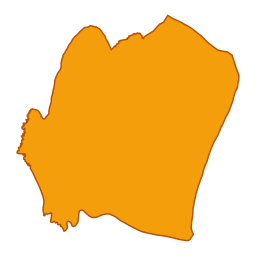 outline of Non Sang, Nong Bua Lam Phu, Thailand
{"feature_id": "78962969B40369427634380", "entity_name": "Non Sang", "entity_type": "district", "adm_level": 2, "iso_a3": "THA", "parent_name": "Thailand", "parent_adm1": "Nong Bua Lam Phu", "projection": "natural_earth1", "projection_center": [102.437, 16.906], "detail": "fine", "context": "isolated", "style": "filled", "palette": "amber", "viewbox_px": 256, "rotation_deg": 0, "n_neighbors": 0, "source": "geoboundaries", "source_scale": "gbopen_adm2", "svg_char_len": 5582}
<svg xmlns="http://www.w3.org/2000/svg" viewBox="0 0 256 256"><path d="M232.1,55.1L230.0,53.8L227.9,52.2L227.1,51.9L222.6,51.2L220.7,50.7L219.0,50.5L216.9,49.5L210.9,45.0L207.7,42.4L200.6,35.4L199.4,34.5L192.4,29.0L188.9,26.6L188.2,26.4L181.3,22.4L180.4,22.1L178.4,21.0L172.6,18.5L167.8,15.4L163.5,22.4L159.5,24.2L153.3,31.1L143.8,37.1L143.6,38.5L142.3,38.2L142.3,37.8L142.0,36.6L142.1,35.8L141.1,35.1L140.7,34.2L139.8,33.3L139.6,33.3L139.5,33.7L139.1,33.8L138.1,33.1L137.6,33.0L136.9,33.6L136.5,33.5L136.4,33.8L136.2,33.8L136.1,33.6L135.8,33.8L135.1,34.0L134.8,34.3L134.2,33.6L133.4,33.9L133.4,34.4L132.7,35.0L131.7,35.1L131.3,35.4L130.0,35.7L129.3,36.1L128.8,36.2L128.9,36.9L128.8,37.7L127.9,37.8L127.8,38.0L127.2,38.1L127.2,39.3L126.6,39.4L124.3,39.7L123.1,40.0L121.1,40.6L121.0,40.3L119.2,41.0L119.4,41.6L118.7,41.7L118.6,41.8L118.6,43.6L117.1,43.8L116.8,44.5L116.5,44.5L116.0,45.9L115.7,45.9L115.7,46.5L114.9,46.4L114.5,46.2L113.5,47.6L111.3,49.7L107.5,41.4L106.2,39.5L105.1,36.5L104.5,35.5L102.6,33.1L101.5,31.2L99.5,28.9L96.3,27.0L95.7,27.3L95.2,26.9L94.0,26.6L92.6,26.0L90.7,25.7L90.1,25.8L89.0,26.7L88.7,26.8L86.5,27.4L84.9,27.4L84.2,27.8L79.3,32.3L78.3,33.6L76.5,35.4L74.9,36.6L74.4,37.1L73.6,38.4L72.8,39.1L71.1,42.3L69.4,44.3L68.9,45.1L67.9,47.0L67.8,47.7L67.3,48.7L65.5,51.1L65.1,52.4L64.8,53.0L63.9,54.1L63.1,55.2L62.8,56.9L62.3,58.1L61.1,62.9L61.2,65.8L60.9,68.1L60.3,69.5L57.6,73.5L56.0,77.2L54.8,80.6L54.6,83.4L53.9,88.1L53.2,89.8L52.8,92.8L52.2,95.1L51.5,97.1L51.3,100.2L51.3,101.9L50.0,105.9L49.4,108.4L48.9,111.5L48.9,113.6L46.4,116.6L46.3,116.9L46.0,117.0L45.9,117.3L45.5,117.7L44.8,118.8L44.0,118.9L43.2,118.7L42.6,118.3L41.9,117.0L41.1,116.4L41.0,116.1L41.1,115.4L41.0,115.0L40.4,114.2L40.1,113.6L39.2,112.0L38.5,111.1L37.7,110.4L32.4,108.9L31.9,109.3L31.5,109.2L31.0,109.4L30.8,109.7L31.0,110.0L30.8,110.6L30.5,110.7L30.2,110.6L29.7,110.9L29.4,111.2L29.8,111.6L29.5,112.0L29.7,112.7L29.4,113.3L29.2,113.4L28.9,113.0L28.7,113.0L28.4,113.8L28.0,114.2L27.9,114.9L27.3,115.1L27.2,115.4L27.6,115.6L27.7,116.0L27.3,116.4L27.3,116.6L28.0,117.2L28.7,118.2L28.8,118.6L28.7,118.9L28.3,119.2L28.1,118.7L27.9,118.8L27.9,120.7L27.5,120.7L27.2,120.3L26.8,120.4L26.8,119.8L26.7,119.6L26.1,119.6L26.1,119.9L26.7,121.4L27.3,121.6L27.3,121.9L26.7,122.5L26.2,122.6L25.8,123.5L25.7,123.7L25.3,123.5L24.5,123.5L24.0,123.1L23.4,123.3L23.3,123.6L23.6,124.2L23.5,124.9L24.2,125.1L24.2,125.6L23.9,126.0L23.4,125.8L23.0,125.9L22.4,126.4L21.9,127.1L22.1,127.6L22.4,127.7L22.1,128.1L22.2,128.6L23.5,129.5L24.1,129.6L24.6,128.5L24.8,128.5L24.9,129.0L24.6,130.3L24.1,130.9L24.1,132.3L24.4,132.5L24.7,132.1L25.0,132.0L25.2,132.4L25.1,132.7L24.9,132.7L24.6,132.9L24.4,133.8L24.1,134.2L23.8,134.2L23.4,133.7L23.0,133.7L22.8,134.0L22.9,134.4L23.3,134.4L23.5,134.5L23.7,135.1L24.1,135.5L24.0,135.8L21.7,135.9L21.5,136.0L21.5,136.4L22.2,137.5L22.8,137.6L22.9,138.0L22.6,139.0L23.2,139.1L23.5,139.5L23.2,139.7L22.2,139.8L21.8,140.1L21.7,142.5L22.1,143.2L22.0,144.1L21.7,144.3L21.1,143.5L20.8,143.5L20.6,143.7L20.6,143.9L21.5,145.0L21.4,145.3L20.7,145.5L20.4,145.7L20.3,146.2L20.9,146.3L21.0,146.4L20.2,147.3L19.7,147.5L18.9,147.4L18.6,147.5L18.6,148.5L19.1,149.2L19.1,150.4L18.9,150.6L18.3,150.3L18.0,150.4L17.9,151.0L17.4,151.4L17.1,152.0L17.2,153.1L18.4,153.5L20.9,153.8L21.6,153.7L22.5,154.1L23.0,154.7L23.3,153.9L23.7,153.7L24.4,153.8L25.4,154.5L25.5,154.8L25.2,155.0L24.6,154.9L24.4,155.1L24.4,155.5L25.3,156.2L25.3,156.4L25.1,156.6L24.3,156.7L24.0,157.0L23.9,157.2L23.8,158.5L23.8,159.2L24.9,159.5L25.1,160.0L25.1,161.2L25.7,161.5L26.5,162.3L26.9,163.6L27.1,163.7L27.5,163.4L28.6,163.6L28.8,163.7L28.9,164.0L28.7,164.3L27.9,164.8L27.9,165.2L28.1,165.5L28.4,165.6L28.6,165.1L30.3,165.5L29.9,166.2L30.3,166.6L30.5,167.1L30.3,168.1L30.3,168.5L30.8,169.1L32.9,172.9L39.8,187.7L42.8,195.7L43.8,199.9L44.0,202.4L43.7,203.8L43.7,204.5L43.1,208.1L43.2,211.5L43.9,213.8L43.8,214.4L43.6,215.0L43.6,215.3L44.2,215.6L44.7,215.7L45.6,214.1L46.1,213.7L47.5,214.2L48.6,213.6L50.3,213.6L50.6,213.4L50.9,212.9L51.2,212.9L51.6,213.5L51.7,214.1L51.0,219.2L50.6,221.2L50.7,221.8L51.4,222.3L52.4,222.4L53.7,221.6L54.2,221.4L54.7,221.8L55.7,222.9L56.1,222.8L56.7,222.3L57.1,222.4L57.5,223.0L57.6,224.2L57.8,224.5L59.2,224.7L60.3,224.5L60.5,224.8L60.5,226.3L62.2,227.2L63.5,229.7L63.8,230.9L64.0,231.1L64.7,231.0L66.0,229.9L66.7,229.0L67.5,227.5L67.5,226.7L67.3,225.5L66.8,224.0L66.8,223.2L67.0,222.5L67.7,221.5L68.3,221.4L69.5,221.7L70.6,222.4L71.1,223.2L71.7,224.9L72.4,226.1L73.9,226.4L75.2,225.9L75.7,225.4L77.4,222.8L78.0,221.2L78.4,218.8L78.8,213.9L79.3,211.4L79.9,210.8L81.0,210.1L82.3,210.0L83.5,210.5L86.2,213.4L89.4,216.1L91.3,217.1L93.3,217.6L96.0,217.3L97.6,216.8L100.7,215.4L103.8,214.4L106.3,213.9L108.8,213.9L113.3,215.6L116.9,217.8L121.4,221.1L125.2,223.1L129.2,225.4L137.1,229.5L139.4,230.6L142.0,231.6L146.7,232.9L157.3,235.0L163.2,235.8L168.4,236.7L180.2,239.6L186.4,240.6L188.2,240.5L188.9,240.2L190.1,239.3L193.3,234.3L192.0,231.2L191.2,228.2L191.2,226.9L191.5,224.5L191.6,221.7L192.7,215.5L193.0,208.4L193.8,204.8L194.4,200.7L195.5,196.6L195.9,194.1L197.6,188.7L198.1,186.6L199.5,182.8L200.8,178.7L202.3,175.4L203.2,171.4L204.3,167.5L204.7,167.1L205.0,165.9L206.2,163.3L207.3,160.4L208.3,156.4L209.7,152.8L210.5,150.2L211.0,148.8L213.9,142.1L216.2,138.2L217.0,136.3L217.7,135.7L217.9,135.2L218.8,132.7L220.2,129.6L221.0,127.1L222.3,125.2L225.8,117.1L226.3,116.1L227.0,115.1L229.0,111.1L232.7,101.2L234.6,93.7L235.4,91.6L237.2,88.1L237.4,87.3L238.0,82.8L238.7,80.6L238.9,75.5L238.3,73.5L237.5,71.7L235.3,65.5L232.7,57.2L232.1,55.1Z" fill="#f59e0b" stroke="#b45309" stroke-width="1.5"/></svg>